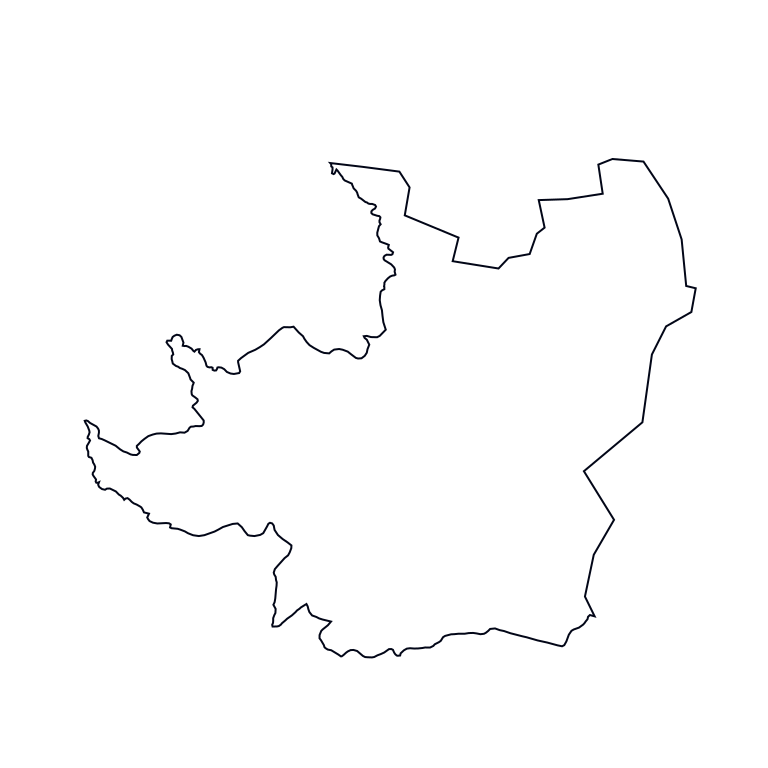 the district of Goris, Syunik, Armenia, rotated 193°
{"feature_id": "60910142B80914034873135", "entity_name": "Goris", "entity_type": "district", "adm_level": 2, "iso_a3": "ARM", "parent_name": "Armenia", "parent_adm1": "Syunik", "projection": "robinson", "projection_center": [46.432, 39.469], "detail": "fine", "context": "isolated", "style": "outline", "palette": "ink", "viewbox_px": 768, "rotation_deg": 193, "n_neighbors": 0, "source": "geoboundaries", "source_scale": "gbopen_adm2", "svg_char_len": 6166}
<svg xmlns="http://www.w3.org/2000/svg" viewBox="0 0 768 768"><g transform="rotate(193 384 384)"><path d="M486.1,587.2L484.9,586.3L484.3,584.1L482.9,583.5L482.4,581.4L482.1,577.6L480.3,577.2L479.5,578.0L478.6,582.3L477.3,581.5L473.0,577.7L471.3,576.5L469.8,574.6L468.1,573.5L460.4,572.0L459.6,570.6L458.8,569.6L457.6,567.8L454.7,566.0L453.2,564.4L452.4,562.9L450.6,560.2L447.9,559.4L443.0,557.1L441.6,557.1L439.8,556.3L438.2,556.3L436.1,556.8L432.9,556.4L431.7,555.1L432.2,553.0L434.2,551.1L435.1,549.4L434.8,547.8L433.3,546.8L428.6,546.4L426.3,546.5L425.0,545.6L424.9,544.0L425.2,542.4L424.8,540.6L423.2,538.9L424.4,536.6L424.6,529.9L423.9,527.2L422.2,525.5L421.4,524.5L420.0,522.0L417.9,521.6L412.8,521.0L410.6,520.6L410.7,518.0L410.2,516.9L404.8,514.4L405.0,512.3L406.1,511.4L410.5,510.6L412.3,509.0L412.9,507.3L412.5,505.8L411.3,504.7L403.9,502.2L400.3,499.8L399.1,498.1L398.9,495.8L397.4,493.1L398.2,492.3L400.4,491.4L402.2,490.1L404.0,487.8L405.8,484.6L406.4,482.7L406.0,481.2L405.9,479.0L405.5,478.7L405.0,476.4L406.9,474.9L408.0,473.1L407.7,469.2L407.0,464.7L405.1,459.9L402.6,455.4L400.8,450.1L398.5,444.0L394.5,437.3L399.0,429.9L401.3,428.0L407.2,426.8L411.6,427.0L414.4,426.0L413.2,424.5L410.7,423.3L407.2,419.0L407.9,414.2L407.8,410.6L409.1,407.1L411.7,404.0L415.0,403.0L417.3,403.1L423.1,405.7L426.6,407.4L432.0,408.1L435.6,408.0L440.3,406.3L442.6,403.9L444.3,401.5L449.4,400.8L452.7,401.2L460.5,403.4L465.3,405.1L468.8,407.5L471.8,410.2L473.6,412.3L478.6,415.0L485.0,419.5L488.0,418.2L494.3,416.9L495.6,415.9L498.4,412.7L504.5,403.4L509.9,395.6L513.4,391.9L517.1,388.4L523.3,383.8L529.1,377.1L531.4,373.8L531.0,372.3L527.0,364.0L527.6,362.1L532.5,360.0L535.9,359.7L539.8,360.4L543.0,362.5L546.1,363.4L548.9,363.1L550.0,362.6L550.1,361.1L550.6,359.5L552.3,358.9L554.1,359.2L554.7,361.3L556.0,361.5L557.8,360.9L559.9,361.0L561.1,361.9L562.7,365.0L565.8,369.1L567.8,371.2L570.2,372.3L571.5,373.4L571.6,376.4L573.1,376.0L574.9,374.9L576.0,372.9L577.1,373.3L579.5,375.2L583.0,376.3L585.4,376.6L586.9,376.1L588.7,376.0L588.7,379.2L592.0,384.3L594.1,385.5L597.0,385.4L599.1,383.9L600.5,382.3L600.9,380.2L601.1,378.3L604.9,377.5L605.3,375.8L603.3,373.8L598.5,370.5L597.9,368.9L596.8,367.2L596.0,365.4L597.1,363.7L596.6,361.0L596.4,360.3L595.5,358.7L594.4,356.4L590.8,354.8L588.4,354.5L586.6,353.7L583.9,353.4L581.1,352.8L577.1,350.5L574.3,346.3L573.5,344.9L569.7,342.5L569.8,341.2L570.2,339.2L569.9,336.3L570.0,333.7L569.1,330.9L568.2,329.8L565.0,328.5L562.3,327.2L561.6,325.7L562.4,323.7L565.3,319.9L565.3,318.2L563.3,317.2L551.5,307.9L551.0,306.0L551.1,303.8L552.2,302.1L554.3,301.4L558.0,300.7L560.1,299.7L562.5,299.0L563.6,297.7L564.8,294.1L567.4,291.7L571.9,291.0L575.8,288.9L580.1,287.3L590.3,285.7L594.5,284.5L598.0,282.7L601.9,280.2L605.0,276.7L607.5,273.5L609.2,270.6L610.9,268.1L610.5,266.5L606.8,263.3L606.9,261.8L608.9,259.2L612.8,258.4L615.1,258.4L619.2,259.4L622.8,259.7L626.5,261.0L631.6,263.5L643.6,266.3L646.7,266.9L649.5,267.0L650.7,269.1L650.8,272.4L651.3,274.5L652.5,276.2L654.6,277.9L661.6,279.9L664.2,281.3L665.9,281.5L667.3,280.8L666.4,279.4L663.1,275.9L660.7,272.3L660.0,270.7L660.2,268.2L660.8,265.8L660.6,264.5L658.8,264.0L657.7,262.8L658.5,260.0L659.5,256.9L659.2,254.8L658.0,252.9L657.0,251.7L656.0,247.4L655.1,246.5L652.5,246.3L650.8,244.2L649.8,242.0L648.2,240.4L646.8,238.4L646.6,236.5L646.7,234.2L647.7,231.9L647.5,230.3L646.2,228.9L643.1,226.2L643.0,224.1L642.1,223.1L640.6,223.4L639.6,224.2L639.9,221.8L639.3,220.7L638.2,219.5L635.1,218.2L632.0,218.2L630.5,219.7L627.6,220.5L621.1,219.0L617.4,216.6L615.5,216.0L612.7,214.4L611.1,212.7L610.1,214.2L608.2,215.1L605.9,214.1L603.3,212.4L601.0,211.4L597.9,210.9L594.2,209.8L592.7,209.2L590.7,207.2L589.0,204.9L583.8,204.8L584.0,203.7L584.7,200.7L583.4,199.2L581.6,197.7L577.9,196.9L573.5,197.1L565.1,199.5L562.1,199.9L560.2,199.2L560.2,196.1L558.6,195.7L552.5,196.5L549.9,196.3L544.9,195.6L541.4,194.5L536.0,193.7L530.2,194.2L525.0,196.3L515.9,202.1L512.5,205.0L508.8,208.4L500.0,213.6L495.2,215.2L490.3,212.5L486.8,209.3L482.7,206.1L480.5,206.1L476.0,206.7L470.7,209.1L468.1,211.5L465.9,218.9L465.2,221.8L463.9,223.1L461.6,223.0L459.6,221.3L457.8,217.2L453.4,213.0L447.8,210.1L442.4,208.0L437.9,205.9L437.4,203.2L438.0,198.8L438.9,195.5L441.7,192.0L446.7,182.9L448.7,179.1L449.0,175.4L448.1,173.7L446.2,171.8L445.1,168.7L443.9,166.6L443.3,163.2L443.0,159.7L441.7,150.6L441.5,146.8L442.1,144.0L439.0,140.5L438.3,136.4L438.9,134.1L439.3,130.9L438.7,128.3L438.4,126.2L438.8,124.2L438.0,122.6L433.7,123.7L432.0,124.5L430.3,126.4L429.7,127.8L427.0,131.4L425.6,133.5L421.7,137.8L418.9,141.8L417.8,143.8L415.7,146.1L414.8,147.5L410.1,152.2L408.3,150.1L407.0,147.5L405.4,145.0L402.0,142.3L397.5,141.8L394.5,141.0L390.9,140.7L382.2,140.6L384.4,136.3L388.5,131.1L389.6,129.3L390.3,124.9L389.6,121.7L387.8,120.2L383.8,116.0L382.9,114.3L381.7,113.5L379.1,112.6L375.5,112.7L367.6,110.1L364.7,108.9L363.9,109.2L362.5,110.8L360.5,113.7L359.1,115.3L356.7,117.2L353.9,118.0L350.1,117.8L343.4,114.3L341.0,113.7L338.3,114.1L334.2,114.9L332.1,115.8L329.3,118.2L326.4,120.1L323.4,122.4L319.5,126.8L317.2,127.4L315.5,127.0L313.7,124.6L312.2,123.2L310.5,122.3L309.5,122.3L307.2,123.1L307.2,125.3L304.7,129.0L302.2,131.3L299.2,132.4L295.3,133.0L291.6,133.9L287.2,135.4L284.7,136.5L279.8,137.6L277.0,139.9L276.0,141.8L272.4,144.8L270.9,146.5L269.5,150.6L267.8,152.3L262.3,155.2L259.1,156.1L255.3,157.4L249.0,158.9L245.3,160.4L241.1,161.5L237.6,161.8L233.8,161.9L230.4,163.1L228.8,164.5L226.9,166.9L225.5,169.2L220.8,170.8L215.9,170.2L211.5,170.3L204.8,169.6L192.7,169.3L188.0,169.3L176.7,168.7L166.7,168.8L156.0,168.4L151.5,168.5L149.6,170.1L148.4,174.2L147.5,181.3L145.8,185.7L143.9,187.5L139.2,190.5L135.8,194.4L134.8,196.2L134.1,198.0L132.8,200.6L132.8,203.1L131.4,205.2L126.5,205.0L140.4,222.1L141.2,264.8L129.3,303.4L169.6,344.0L123.6,404.8L129.6,473.0L122.1,503.6L100.7,523.3L101.8,547.4L111.6,547.5L126.5,591.8L148.8,628.5L181.2,659.1L212.1,654.6L224.5,646.0L213.7,618.6L246.7,605.4L274.6,598.0L262.7,572.5L268.9,564.8L271.3,543.4L291.0,534.9L298.4,522.3L344.7,519.1L344.3,543.4L401.7,553.0L403.3,581.3L416.8,594.4L453.5,590.8L486.1,587.2Z" fill="none" stroke="#020617" stroke-width="2"/></g></svg>